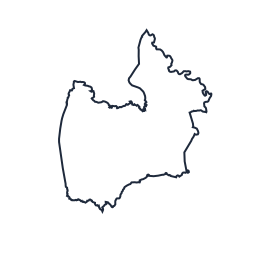 outline of Mamprugu Moagduri, Northern, Ghana, rotated 326°
{"feature_id": "2480657B18075285363234", "entity_name": "Mamprugu Moagduri", "entity_type": "district", "adm_level": 2, "iso_a3": "GHA", "parent_name": "Ghana", "parent_adm1": "Northern", "projection": "robinson", "projection_center": [-1.366, 10.258], "detail": "fine", "context": "isolated", "style": "outline", "palette": "slate", "viewbox_px": 256, "rotation_deg": 326, "n_neighbors": 0, "source": "geoboundaries", "source_scale": "gbopen_adm2", "svg_char_len": 5874}
<svg xmlns="http://www.w3.org/2000/svg" viewBox="0 0 256 256"><g transform="rotate(326 128 128)"><path d="M60.1,182.9L61.6,181.9L62.2,180.7L62.3,179.4L64.7,179.1L65.8,178.6L67.0,178.9L67.9,178.8L68.2,178.4L67.9,177.3L68.2,176.8L69.8,178.4L70.1,180.6L70.5,181.5L70.4,184.2L70.7,184.9L71.2,185.1L72.0,184.5L73.1,184.9L74.8,184.2L76.0,182.3L76.8,181.3L78.9,180.2L79.5,180.2L81.3,181.4L82.1,181.3L83.3,180.5L84.6,179.0L86.3,178.4L87.1,177.5L88.5,177.2L89.4,176.3L90.9,176.1L91.6,175.3L92.3,175.1L94.9,175.1L97.4,175.4L98.6,175.8L100.5,175.1L103.2,176.7L104.8,178.1L106.2,178.7L107.1,179.5L107.8,178.7L108.0,179.1L108.4,178.8L108.7,178.0L110.5,178.3L112.0,178.9L114.8,179.2L117.0,178.8L117.2,178.7L117.3,178.0L117.6,177.8L118.4,177.8L118.8,178.0L119.1,178.6L118.8,179.5L122.3,182.3L126.4,184.4L130.4,186.0L131.0,186.5L133.3,187.1L133.8,186.5L134.3,186.5L134.6,186.8L134.7,187.2L134.3,187.7L135.4,190.0L136.2,190.2L136.7,191.2L136.5,191.6L140.4,195.8L141.4,195.0L142.5,195.0L143.3,195.8L143.4,197.0L146.4,197.0L147.5,196.0L148.8,195.8L150.1,196.6L150.5,197.2L152.1,197.3L152.1,197.8L152.4,198.4L152.9,198.7L153.8,198.6L154.2,197.8L154.2,197.1L153.5,196.2L152.7,195.8L156.3,187.4L161.1,179.7L173.3,174.0L174.9,172.9L177.6,171.8L179.9,170.3L180.2,171.1L180.9,171.7L182.4,172.3L183.6,171.5L184.3,169.8L184.7,167.0L183.5,165.0L182.2,163.6L183.0,163.1L184.3,160.7L187.7,149.7L188.7,150.0L189.9,149.9L191.2,150.5L192.1,150.4L192.7,151.2L194.4,152.1L195.5,152.4L196.9,153.4L198.0,153.8L198.5,154.3L199.2,156.2L200.7,157.6L201.0,157.7L201.2,158.1L201.6,158.2L201.8,158.6L202.3,158.2L203.4,155.9L203.8,154.6L203.4,152.8L204.9,150.0L205.7,149.5L207.1,149.8L208.6,150.7L209.5,150.7L212.3,148.9L214.8,147.9L216.1,146.5L216.2,146.1L216.1,145.8L214.9,145.8L214.4,145.1L214.3,144.1L214.3,142.4L213.8,141.5L213.2,141.3L212.6,141.4L212.0,142.6L212.1,143.0L211.3,144.3L210.2,144.4L209.7,144.0L209.6,141.6L209.8,140.4L210.6,138.8L213.9,138.9L214.8,137.2L214.7,134.4L214.3,133.6L213.2,132.5L213.1,131.2L213.3,129.8L214.7,127.6L214.9,127.0L214.8,126.5L213.8,125.8L210.6,125.7L208.7,124.8L208.1,124.4L207.4,122.8L205.2,121.1L204.7,120.3L204.4,117.2L204.8,116.2L205.4,116.0L206.2,116.3L207.7,117.5L208.7,117.7L210.0,117.5L210.4,117.2L211.0,116.0L209.8,114.6L208.1,113.8L207.5,113.1L205.9,112.1L203.5,112.7L201.2,112.5L200.5,111.9L200.3,111.2L200.4,110.2L200.7,109.2L200.4,107.6L200.0,107.0L199.1,106.6L197.7,106.8L195.1,105.6L194.4,105.0L194.0,104.1L194.0,103.3L194.4,102.8L194.6,101.3L194.9,100.7L195.4,100.3L197.0,100.8L199.2,100.3L199.7,99.0L201.0,98.3L202.5,97.0L202.8,96.3L202.9,93.8L203.1,92.8L203.0,91.8L202.7,91.3L202.1,90.7L201.0,90.0L200.2,90.4L200.0,91.0L199.6,91.2L199.3,91.0L198.9,88.1L199.5,84.8L199.3,82.7L198.6,80.9L196.4,79.2L195.9,79.0L195.7,78.4L195.9,77.6L196.7,76.6L196.7,76.1L195.1,74.0L195.2,71.5L195.8,70.8L197.4,71.6L200.1,69.2L200.5,68.5L200.5,67.7L201.2,65.7L201.2,65.0L200.7,64.0L198.6,63.9L197.9,63.4L197.7,63.0L197.5,62.2L198.0,60.3L198.1,57.3L196.1,58.2L191.2,59.5L190.7,60.3L190.3,60.2L187.8,61.8L181.6,67.2L180.6,69.2L177.0,74.4L173.0,81.0L166.8,83.3L158.9,86.7L156.6,87.4L155.2,88.8L154.6,91.0L154.7,92.4L155.2,94.9L159.0,100.0L160.1,101.8L161.0,106.3L160.8,108.0L160.0,111.1L159.1,112.8L158.1,114.0L157.6,114.2L157.4,114.5L157.7,115.3L157.7,116.8L156.3,117.0L155.3,117.5L155.3,118.0L156.3,118.9L156.3,119.3L155.5,119.6L155.1,120.0L154.2,119.2L153.4,119.4L152.8,120.0L153.0,121.3L152.7,121.9L152.5,121.1L151.2,121.0L151.0,121.5L151.2,122.0L151.9,122.1L152.2,122.5L151.9,122.8L151.5,122.7L151.1,123.0L150.7,122.8L150.9,122.3L150.8,121.9L150.6,121.8L149.5,122.1L149.3,120.8L148.7,119.7L149.0,118.8L148.6,118.4L148.5,117.3L149.3,116.8L148.8,114.3L147.8,114.4L147.8,114.0L146.8,113.0L146.6,111.9L146.2,111.9L146.0,112.2L145.5,112.1L144.6,110.9L145.3,109.6L145.6,108.2L145.4,107.5L144.3,107.1L144.3,107.8L144.6,108.2L144.7,108.5L144.2,108.8L141.2,108.4L141.0,108.6L140.6,108.4L140.0,107.3L139.5,107.3L138.7,107.8L137.7,107.9L136.8,107.3L133.8,106.9L133.4,106.3L132.8,105.9L131.1,105.9L130.0,105.5L130.0,105.3L130.7,105.0L130.7,104.4L130.4,103.1L129.1,102.5L127.3,100.8L127.0,100.7L126.6,100.9L126.3,101.8L125.9,102.1L125.6,102.0L125.4,101.1L124.2,100.9L124.0,100.3L125.2,99.9L125.5,99.3L124.9,98.3L125.2,97.7L125.2,96.2L124.6,94.7L123.6,93.1L122.3,91.8L121.8,91.9L120.2,91.7L117.5,90.4L116.5,88.8L115.3,87.8L115.2,86.6L114.7,85.6L114.4,83.2L114.6,83.1L116.0,83.3L117.4,83.1L117.8,82.1L119.2,80.6L120.0,78.1L119.4,77.6L118.9,77.8L118.0,77.5L117.6,76.5L118.3,76.8L119.7,76.0L120.4,74.1L119.9,72.7L118.8,71.5L118.2,70.5L116.3,68.8L115.6,67.7L116.9,67.4L117.2,67.1L117.5,66.3L117.3,65.7L116.3,64.6L114.9,63.8L114.5,63.1L112.2,61.9L110.1,59.2L109.7,59.1L109.0,59.3L108.5,60.1L107.2,61.3L106.7,62.1L105.5,64.8L104.8,64.6L103.6,64.6L102.9,65.3L102.4,65.5L101.2,64.3L100.0,65.1L98.2,66.1L97.7,66.6L97.7,67.5L97.4,68.1L96.6,68.4L95.7,69.2L95.0,69.2L94.9,69.6L93.9,70.2L92.5,71.6L92.0,71.8L91.5,72.2L91.7,72.6L91.0,73.2L90.7,73.7L90.9,73.9L90.3,74.7L82.1,80.4L78.8,83.1L76.9,84.9L71.5,90.6L64.8,98.4L63.0,101.1L51.5,124.8L45.1,139.3L44.0,141.1L43.6,142.0L44.1,143.4L43.4,144.5L43.5,145.0L42.8,146.0L42.8,146.4L42.3,146.6L41.7,147.1L41.0,148.1L40.8,149.1L39.9,149.6L40.1,149.6L39.8,149.9L40.2,150.0L40.3,150.6L40.1,150.8L40.0,151.1L40.4,151.3L40.7,152.7L40.7,153.0L39.8,153.7L40.9,155.2L40.9,155.6L40.7,155.9L40.8,156.2L41.5,156.5L41.6,156.9L43.2,158.0L44.5,158.4L44.7,159.0L45.5,159.1L45.9,159.5L46.7,159.2L47.2,159.5L47.4,160.4L48.0,161.1L48.1,162.3L49.0,162.6L48.8,163.2L49.1,163.9L49.5,164.3L50.0,164.2L51.0,166.1L52.7,166.1L53.5,165.5L54.2,166.0L54.8,166.2L55.9,165.8L56.7,166.2L57.4,167.8L57.0,168.0L57.4,169.7L58.8,171.5L58.4,172.0L58.1,172.8L58.1,174.1L58.4,174.5L59.5,174.9L59.6,175.8L60.4,176.0L59.7,177.5L59.8,178.0L59.5,178.7L59.7,179.0L59.5,179.6L60.2,181.0L60.4,181.1L60.4,181.4L60.6,181.6L60.3,181.8L60.1,182.9Z" fill="none" stroke="#1e293b" stroke-width="2"/></g></svg>